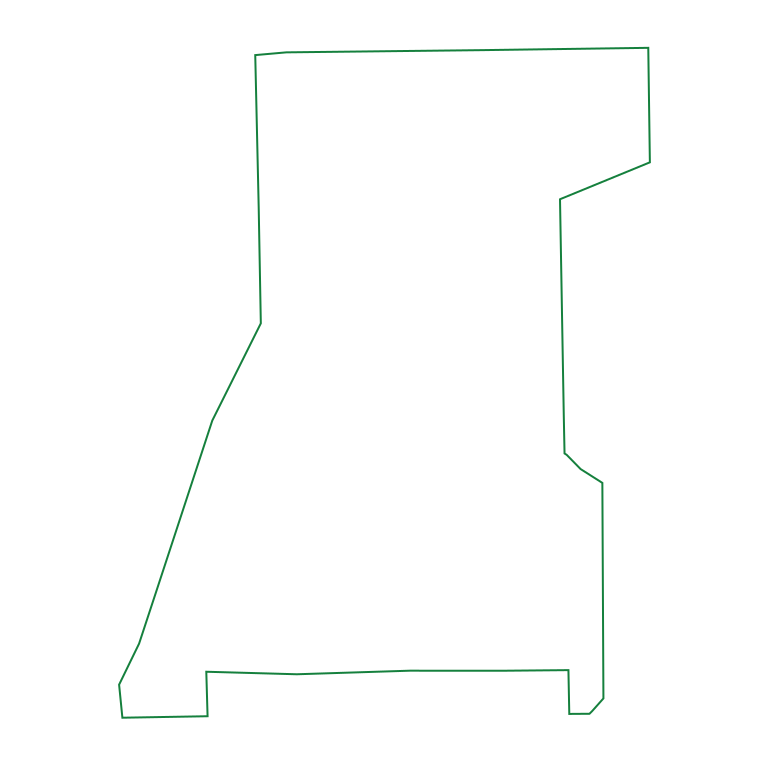 the district of Valencia, New Mexico, United States of America, rotated 89°
{"feature_id": "52423323B5948069523635", "entity_name": "Valencia", "entity_type": "district", "adm_level": 2, "iso_a3": "USA", "parent_name": "United States of America", "parent_adm1": "New Mexico", "projection": "natural_earth1", "projection_center": [-106.706, 34.697], "detail": "fine", "context": "isolated", "style": "outline", "palette": "green", "viewbox_px": 768, "rotation_deg": 89, "n_neighbors": 0, "source": "geoboundaries", "source_scale": "gbopen_adm2", "svg_char_len": 557}
<svg xmlns="http://www.w3.org/2000/svg" viewBox="0 0 768 768"><g transform="rotate(89 384 384)"><path d="M717.1,204.5L717.3,184.3L714.8,181.7L702.2,170.1L486.7,167.4L472.5,188.9L458.0,202.6L456.6,204.7L419.3,204.8L202.4,204.8L201.9,203.7L167.0,114.3L52.5,113.9L51.9,280.6L50.7,475.8L52.9,507.0L205.7,506.2L321.2,506.1L392.6,543.3L413.3,554.1L413.5,554.2L417.5,556.3L588.8,615.8L639.3,633.4L680.0,654.1L713.1,651.4L713.1,566.2L668.6,566.7L672.7,476.3L671.1,363.5L672.8,266.5L673.3,204.6L717.1,204.5Z" fill="none" stroke="#15803d" stroke-width="2"/></g></svg>